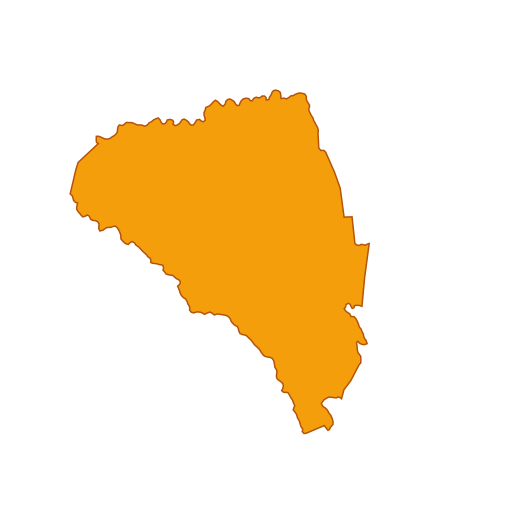 Itiúba, Bahia, Brazil, rotated 148°
{"feature_id": "56859067B94296485103385", "entity_name": "Itiúba", "entity_type": "district", "adm_level": 2, "iso_a3": "BRA", "parent_name": "Brazil", "parent_adm1": "Bahia", "projection": "natural_earth1", "projection_center": [-39.824, -10.692], "detail": "fine", "context": "isolated", "style": "filled", "palette": "amber", "viewbox_px": 512, "rotation_deg": 148, "n_neighbors": 0, "source": "geoboundaries", "source_scale": "gbopen_adm2", "svg_char_len": 4731}
<svg xmlns="http://www.w3.org/2000/svg" viewBox="0 0 512 512"><g transform="rotate(148 256 256)"><path d="M192.8,157.2L175.1,180.4L153.4,206.6L156.1,207.2L158.1,207.4L159.3,209.1L160.8,210.2L162.7,210.2L164.7,211.8L165.5,214.2L153.8,238.3L160.7,242.3L148.7,268.8L145.1,285.0L141.9,307.1L142.5,309.6L145.1,311.2L145.6,314.2L139.5,325.2L138.2,327.4L136.5,329.7L135.7,332.5L135.6,335.3L135.3,338.1L135.3,340.5L134.6,342.6L134.6,345.1L134.5,347.6L134.2,350.0L133.7,352.4L131.9,353.8L130.7,355.4L130.7,357.8L130.7,360.2L130.3,362.2L128.7,364.7L128.8,367.5L130.5,369.4L133.0,371.4L135.5,372.0L137.3,372.3L139.4,372.3L141.5,373.3L144.3,373.0L146.8,373.1L148.6,375.0L151.3,376.3L149.8,379.2L148.7,381.8L149.5,384.2L151.6,386.4L153.9,386.9L155.8,386.2L157.7,384.7L160.3,383.6L162.3,381.9L164.6,382.8L163.5,385.2L164.1,387.2L165.9,388.4L168.2,388.1L170.3,388.9L171.6,390.5L173.3,390.9L175.2,390.6L176.9,389.6L178.4,390.6L178.7,393.2L180.5,394.9L183.2,396.0L186.1,395.5L188.4,394.2L190.4,392.7L192.2,393.5L192.8,395.7L192.6,398.5L193.4,400.3L194.8,402.9L196.8,403.7L199.3,403.3L201.8,401.1L204.5,400.4L205.8,403.0L206.3,405.3L206.7,407.4L207.9,409.6L210.6,409.3L213.2,408.5L215.8,407.9L218.1,408.3L219.9,408.6L221.7,406.7L224.1,405.2L225.6,402.5L226.3,399.7L227.3,398.0L229.4,397.7L230.8,399.2L231.5,401.8L234.3,402.8L237.3,401.2L239.6,400.4L241.3,401.0L242.3,403.2L242.2,405.4L243.2,408.2L244.4,410.2L246.4,410.7L248.3,409.9L250.4,409.0L253.4,408.8L255.5,409.4L256.5,411.8L254.9,413.2L254.6,415.1L256.6,417.5L259.3,418.4L261.0,417.0L263.6,416.5L265.3,417.8L265.6,420.0L265.2,422.5L265.8,424.9L268.0,425.4L270.6,425.7L273.4,425.3L276.0,425.6L278.7,424.7L281.4,424.9L283.3,427.4L285.3,428.9L287.0,429.8L288.6,432.1L290.2,434.6L292.5,436.1L295.2,438.0L298.2,437.4L300.2,437.5L302.4,439.5L304.3,438.9L305.9,437.2L308.1,434.5L310.1,433.6L312.3,433.2L314.5,433.3L317.2,433.1L319.7,433.6L322.1,435.3L323.7,437.7L324.8,439.4L326.1,441.0L328.0,442.1L329.2,440.3L330.2,438.7L331.1,436.7L330.1,434.9L357.3,429.6L361.1,426.3L363.5,424.2L380.7,407.1L379.9,404.5L380.6,401.9L381.3,399.6L380.6,397.0L379.2,395.6L380.8,393.8L382.4,392.3L383.3,390.5L383.3,387.8L382.9,385.3L382.7,383.3L382.2,381.0L379.7,380.2L377.4,380.2L376.3,378.2L376.8,374.6L375.3,372.4L373.3,371.0L372.1,368.8L372.1,366.5L373.3,364.7L374.8,362.7L375.1,359.9L372.0,359.0L370.0,359.2L367.6,359.2L365.8,358.3L363.8,357.2L361.9,356.8L359.8,356.2L358.8,354.2L358.6,351.3L359.0,348.1L359.6,345.4L361.5,342.0L361.1,339.0L360.6,337.1L359.8,335.2L358.3,333.5L355.9,334.0L353.5,334.0L352.1,331.6L352.0,328.7L350.8,326.0L350.2,323.5L349.7,320.4L348.8,317.2L348.2,315.3L348.1,312.7L347.0,310.1L347.4,308.1L348.7,306.2L347.5,304.6L345.6,303.1L343.9,301.6L342.2,299.6L339.9,297.6L340.8,294.8L342.4,293.3L341.9,290.9L341.8,288.4L340.4,286.7L338.8,285.3L336.9,283.7L336.1,281.1L335.6,279.2L334.1,276.8L333.8,274.4L334.8,272.9L336.5,272.3L338.4,272.0L338.8,269.7L339.3,266.9L339.9,264.9L340.2,262.2L339.7,259.5L338.5,256.9L338.5,253.8L339.2,251.6L339.1,249.4L339.6,247.0L341.0,245.5L340.7,242.7L339.0,240.7L337.1,240.4L335.1,239.5L333.3,238.1L332.0,236.7L330.6,233.8L327.4,233.5L324.8,232.9L323.5,230.7L322.6,228.1L319.5,227.4L316.9,225.1L315.2,223.7L313.4,222.0L311.8,219.9L311.1,216.8L311.7,213.3L311.0,209.2L309.2,206.0L309.4,204.0L310.1,202.2L310.7,198.8L309.0,196.4L307.0,194.6L306.1,192.8L305.7,190.7L305.0,188.4L304.5,185.2L304.3,181.4L303.4,178.4L302.6,175.0L302.6,170.9L302.3,167.8L301.5,166.1L299.9,164.4L297.5,162.2L296.5,160.3L296.5,157.6L297.7,154.5L299.0,151.5L298.9,149.1L299.4,146.9L301.3,144.7L302.6,142.9L303.2,140.7L302.6,138.7L301.5,136.2L300.9,133.5L301.6,131.4L303.5,129.4L305.6,128.2L304.8,125.8L302.9,124.5L301.3,123.2L301.3,120.5L301.5,117.5L301.4,114.4L302.1,111.5L302.5,108.5L304.5,107.1L306.0,105.8L305.6,103.1L305.6,100.0L306.6,96.6L306.6,93.6L307.3,91.0L308.3,87.4L308.1,84.4L309.8,82.6L309.3,79.9L306.9,79.0L287.9,76.0L287.8,74.0L287.4,70.1L285.6,69.9L283.9,71.2L280.1,72.3L278.7,74.2L278.0,76.1L277.3,78.8L277.0,81.1L277.4,83.7L277.2,86.1L277.2,88.3L277.8,90.4L278.9,92.9L278.8,96.3L276.9,97.1L274.5,98.0L271.9,98.0L269.0,97.8L266.9,96.2L264.6,94.3L262.9,93.0L261.0,93.0L259.8,91.5L259.1,89.6L252.3,96.0L249.3,97.1L241.4,100.2L226.1,109.2L223.8,109.8L222.1,112.4L220.3,115.5L220.7,120.0L219.9,122.5L218.0,126.2L216.7,129.2L214.9,129.7L214.4,127.1L212.8,124.7L210.9,123.3L208.2,122.8L207.4,126.1L207.6,128.2L207.3,130.7L206.3,133.1L206.2,135.5L205.6,138.5L206.0,141.0L205.4,143.2L204.8,146.2L204.5,149.8L205.0,152.6L207.5,154.3L207.2,157.5L208.3,159.6L209.1,162.1L209.1,164.6L207.0,165.3L205.3,167.1L202.8,167.0L201.8,165.2L202.1,162.7L202.2,160.5L200.1,160.3L199.0,161.8L196.7,160.8L194.5,159.3L192.8,157.2Z" fill="#f59e0b" stroke="#b45309" stroke-width="1.5"/></g></svg>